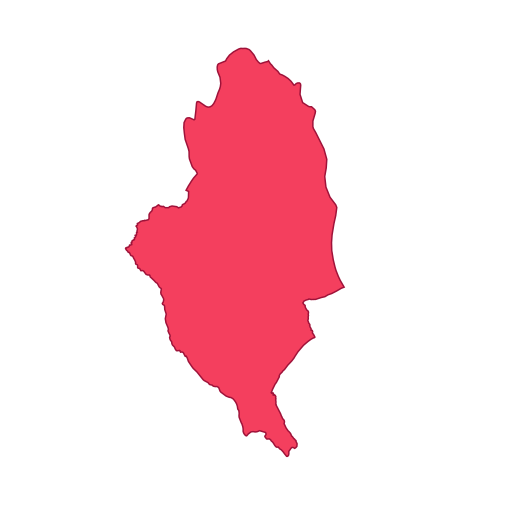 outline of Patate, Tungurahua, Ecuador, rotated 335°
{"feature_id": "8360857B3185299233317", "entity_name": "Patate", "entity_type": "district", "adm_level": 2, "iso_a3": "ECU", "parent_name": "Ecuador", "parent_adm1": "Tungurahua", "projection": "equal_earth", "projection_center": [-78.456, -1.283], "detail": "fine", "context": "isolated", "style": "filled", "palette": "rose", "viewbox_px": 512, "rotation_deg": 335, "n_neighbors": 0, "source": "geoboundaries", "source_scale": "gbopen_adm2", "svg_char_len": 6112}
<svg xmlns="http://www.w3.org/2000/svg" viewBox="0 0 512 512"><g transform="rotate(335 256 256)"><path d="M349.8,84.3L348.8,84.7L346.0,84.1L341.8,83.6L341.0,83.2L340.1,81.2L339.3,78.2L339.2,74.9L339.1,72.9L337.7,67.6L337.0,66.0L334.9,63.8L333.6,63.1L331.6,62.3L330.6,61.7L329.6,61.3L327.7,61.1L321.9,61.5L316.9,62.7L312.9,64.8L310.8,66.4L303.2,66.0L302.0,66.6L300.7,68.3L299.7,70.7L299.2,72.9L299.1,74.8L298.9,78.9L297.0,84.7L295.2,87.5L293.5,89.4L290.5,92.1L286.2,96.7L284.6,98.1L282.1,100.0L279.6,101.2L277.6,101.4L276.1,101.1L275.3,100.7L273.7,99.1L269.9,92.6L269.3,91.9L268.7,91.5L267.8,91.3L266.8,92.2L262.9,98.9L258.4,106.2L257.4,106.4L254.2,102.7L252.4,101.9L251.2,101.8L250.5,102.1L249.4,102.9L247.2,104.7L244.8,109.2L242.9,114.6L241.1,120.4L240.1,129.8L239.5,133.0L237.4,137.7L236.7,139.9L236.0,148.0L236.5,150.7L237.5,152.7L237.7,155.8L237.5,156.7L232.3,159.0L228.9,161.0L224.3,164.0L220.4,166.9L222.2,169.0L219.6,174.2L219.0,175.1L216.9,176.8L216.3,177.1L215.8,177.1L214.3,178.1L213.5,178.3L211.0,178.4L210.0,179.5L209.2,179.8L208.7,179.9L206.1,179.6L205.0,177.8L201.0,175.2L198.4,174.8L197.3,175.3L194.1,173.8L193.2,172.1L192.8,171.7L191.7,171.6L191.2,170.9L190.6,170.7L189.9,169.7L189.4,168.5L189.1,168.4L185.5,169.2L184.7,168.9L182.8,168.8L182.3,169.1L181.5,170.4L180.5,171.2L178.7,171.8L177.4,172.5L176.5,173.4L175.0,176.7L174.8,177.0L173.6,177.6L171.0,177.1L170.6,177.0L170.1,176.6L169.5,176.8L168.7,176.3L165.9,175.8L164.4,176.4L162.2,176.4L161.8,177.8L160.5,178.0L160.0,178.2L159.9,178.4L160.2,179.1L160.1,181.0L159.7,181.9L158.6,183.2L158.5,184.2L157.7,184.2L156.8,186.1L156.4,186.5L156.2,186.6L155.7,186.2L155.3,186.1L155.1,186.3L155.1,187.7L154.1,188.2L153.5,188.1L153.3,188.3L153.2,189.1L153.0,189.4L152.6,189.8L151.9,189.6L151.6,189.8L151.3,189.7L150.1,189.9L149.2,191.2L148.7,191.0L148.3,191.5L148.4,192.7L148.3,193.0L148.1,193.2L147.7,192.9L146.5,193.1L146.0,192.7L145.1,193.7L144.6,193.9L143.9,194.0L143.0,193.6L142.3,194.0L141.6,193.6L141.3,193.9L141.2,194.2L140.9,194.3L141.1,196.1L141.7,197.3L141.7,198.2L141.8,198.7L142.1,199.0L142.6,199.2L142.8,200.2L142.7,202.1L142.9,202.8L144.1,204.0L144.2,204.6L144.2,206.3L144.4,208.6L144.3,210.8L143.8,211.5L143.7,212.2L143.7,212.7L144.5,213.5L144.8,214.0L144.6,214.8L143.9,216.3L144.0,217.2L145.2,218.1L145.5,220.7L147.1,221.3L147.8,222.2L148.6,226.2L149.8,227.4L151.5,228.3L151.6,228.6L151.3,230.2L153.3,235.2L154.0,237.5L155.0,239.1L155.2,243.0L155.4,243.7L156.2,245.2L156.3,245.8L154.3,248.8L153.8,250.4L154.0,251.8L154.2,255.5L153.8,256.8L152.3,258.7L151.4,259.1L151.0,259.5L151.0,260.4L152.0,262.0L151.9,262.9L150.7,265.9L150.1,270.7L147.3,274.5L146.2,278.4L146.0,284.0L145.5,285.6L144.6,286.7L144.5,289.0L144.6,290.9L144.5,291.9L144.1,292.7L143.6,292.9L143.3,293.3L142.9,295.1L142.9,296.2L143.3,298.1L142.7,300.0L142.7,301.4L143.6,304.0L143.5,306.2L143.8,308.0L144.3,308.5L144.9,308.7L146.8,309.3L147.1,309.8L146.9,310.3L147.0,311.3L148.1,311.6L149.0,312.3L149.3,313.1L149.4,316.8L149.7,317.2L150.3,317.1L150.4,317.4L150.6,319.1L150.2,323.1L151.1,328.8L151.6,331.3L153.5,336.2L155.8,345.7L156.4,347.0L159.1,350.6L159.4,352.2L159.7,352.9L161.7,354.5L162.1,355.6L162.6,356.2L164.0,357.2L165.5,357.8L166.3,359.0L166.6,360.1L166.3,363.0L166.6,364.5L169.7,370.3L172.0,372.7L173.6,373.8L174.9,375.8L175.4,377.6L175.8,379.8L175.9,382.1L175.6,384.3L174.8,387.0L175.1,388.9L174.3,391.4L173.2,393.4L172.6,394.9L172.5,395.9L172.2,400.6L172.2,401.6L172.3,401.9L171.9,405.1L171.3,407.2L170.2,409.6L170.0,411.3L170.2,413.0L170.7,414.3L171.2,414.9L171.6,415.0L173.5,414.2L174.1,413.8L174.5,413.9L177.0,413.3L178.2,413.6L179.3,414.0L180.7,415.0L181.9,415.5L183.3,415.8L185.4,415.8L190.0,419.9L190.1,420.8L189.7,421.9L189.1,422.4L187.9,423.0L187.7,423.6L188.2,425.9L188.5,426.5L190.8,427.4L191.6,428.8L191.6,429.8L192.4,431.6L192.6,432.4L193.0,435.7L193.4,437.2L194.1,438.1L195.4,438.6L195.6,439.2L195.9,440.6L196.3,441.3L197.0,442.3L197.8,444.8L198.3,447.4L199.1,450.5L200.0,450.9L201.0,450.5L201.5,450.1L202.4,448.7L203.1,447.0L206.2,445.2L207.4,444.7L208.2,444.9L208.9,445.4L209.8,446.7L211.3,446.4L212.6,445.8L213.9,443.5L213.9,440.8L214.1,440.5L214.2,440.1L213.8,439.4L213.5,438.0L213.1,437.5L212.6,434.9L212.2,434.3L212.3,431.4L211.6,428.9L211.2,428.1L210.6,424.6L210.6,419.8L211.7,418.4L212.0,417.3L212.0,416.4L211.5,415.0L211.4,413.5L211.5,412.9L211.4,411.7L211.6,409.3L211.2,399.3L211.5,399.1L211.5,398.3L212.1,397.3L212.7,395.9L212.8,395.2L213.2,394.7L213.3,394.1L213.8,393.6L213.8,392.8L214.4,392.1L214.6,391.5L214.5,391.1L214.5,390.5L214.1,389.6L213.5,389.8L212.8,389.1L213.6,388.1L213.7,387.5L213.3,387.2L212.5,387.2L212.4,387.1L212.8,386.8L212.8,386.5L212.7,386.3L212.3,386.1L214.7,383.8L219.0,380.3L221.0,379.2L225.6,375.7L226.1,375.3L226.1,375.0L226.7,374.1L227.9,373.2L230.5,372.3L231.6,371.6L233.9,370.9L238.8,368.3L244.1,366.2L247.2,364.6L248.9,363.4L253.6,360.5L261.3,357.0L267.1,355.4L270.7,354.7L273.6,354.5L273.9,354.7L275.0,354.5L275.1,354.1L275.0,351.4L274.6,349.6L275.4,348.4L275.5,347.5L275.4,347.1L274.6,346.7L275.2,345.0L275.0,342.7L275.5,341.6L275.4,341.5L275.7,341.2L275.8,340.6L275.4,339.0L275.6,338.5L275.7,336.3L276.8,335.1L277.6,333.1L278.4,332.1L278.7,330.9L279.7,329.4L279.9,328.7L279.9,327.7L279.4,327.0L279.2,326.1L279.0,324.2L279.1,322.9L279.6,321.5L279.3,320.8L279.0,320.5L278.7,318.8L278.7,318.3L280.6,317.1L283.1,317.1L285.1,317.5L285.8,317.3L287.5,318.7L291.7,320.5L297.5,321.2L301.3,322.0L304.8,321.6L308.7,322.0L314.0,321.8L319.7,321.3L322.7,321.5L322.0,313.5L322.0,309.1L322.4,302.8L322.9,299.5L324.4,292.1L326.3,285.4L326.9,283.2L330.1,275.8L333.8,269.1L340.3,259.6L345.3,253.1L349.7,246.2L349.9,243.3L347.9,234.0L348.5,223.1L351.9,213.0L356.9,205.8L361.0,198.3L362.8,187.7L362.3,169.5L361.9,164.9L362.2,162.8L364.6,157.7L369.9,151.7L371.1,149.9L371.1,148.2L369.4,144.2L367.7,143.4L366.8,142.6L363.1,136.7L364.2,128.1L368.7,120.1L369.0,118.9L368.9,118.3L368.6,117.6L367.0,116.8L365.3,116.7L363.3,117.4L362.6,117.2L361.6,112.5L360.1,108.7L358.0,105.3L356.2,102.9L354.6,101.4L354.1,99.6L353.9,98.1L351.7,93.0L350.9,89.4L350.3,87.9L349.8,84.3Z" fill="#f43f5e" stroke="#9f1239" stroke-width="1.5"/></g></svg>